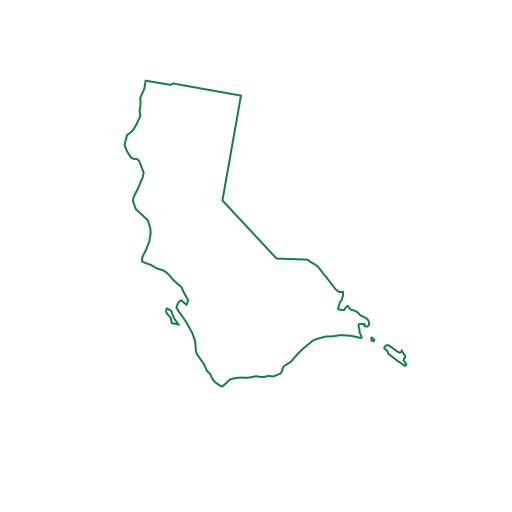 outline of Oman, rotated 121°
{"feature_id": "OMN", "entity_name": "Oman", "entity_type": "country or territory", "adm_level": 0, "iso_a3": "OMN", "parent_name": "Asia", "parent_adm1": "", "projection": "robinson", "projection_center": [56.004, 21.502], "detail": "fine", "context": "isolated", "style": "outline", "palette": "green", "viewbox_px": 512, "rotation_deg": 121, "n_neighbors": 0, "source": "natural_earth", "source_scale": "50m", "svg_char_len": 3060}
<svg xmlns="http://www.w3.org/2000/svg" viewBox="0 0 512 512"><g transform="rotate(121 256 256)"><path d="M162.6,440.9L160.6,435.9L158.6,430.8L156.6,425.8L154.6,420.8L153.3,417.3L150.9,416.1L149.5,412.3L148.0,408.5L146.6,404.7L145.1,400.9L143.7,397.1L142.2,393.3L140.8,389.5L139.3,385.7L137.9,381.9L136.4,378.1L135.0,374.3L133.5,370.5L132.1,366.7L130.6,362.9L129.2,359.1L127.7,355.3L126.3,351.5L131.0,349.7L136.7,347.5L142.4,345.3L148.1,343.1L153.8,340.9L159.5,338.8L165.2,336.6L170.9,334.4L176.6,332.2L182.3,330.0L188.0,327.8L193.7,325.6L199.4,323.5L205.1,321.3L210.8,319.1L216.4,316.9L222.1,314.7L225.7,313.4L227.1,308.3L228.3,304.1L229.5,299.9L230.8,295.7L232.0,291.4L233.2,287.2L234.4,283.0L235.6,278.8L236.8,274.6L238.0,270.4L239.3,266.1L240.5,261.9L241.7,257.7L242.9,253.5L244.1,249.3L245.3,245.1L246.5,240.8L247.6,237.0L245.5,233.3L242.8,228.3L239.8,223.0L237.1,218.1L235.1,214.5L232.7,210.2L233.0,204.7L232.9,201.9L233.2,197.6L235.5,191.7L238.2,184.2L240.2,179.2L241.9,174.8L243.3,171.4L244.1,167.8L243.7,165.2L242.8,164.3L242.0,163.1L244.6,161.2L249.5,159.9L252.2,160.2L256.0,159.3L259.0,158.5L259.2,157.3L258.3,155.4L257.1,152.7L252.9,152.4L251.6,151.6L253.1,147.5L253.0,146.3L252.5,144.7L251.9,142.2L252.2,138.9L253.0,136.6L253.0,134.8L252.6,131.1L252.8,127.8L253.6,126.2L255.2,124.6L256.7,123.8L258.2,123.9L259.5,124.6L260.0,126.3L259.7,127.5L258.8,127.6L258.5,128.1L259.7,130.5L261.5,132.7L262.9,132.3L264.5,130.6L266.2,129.1L268.2,127.9L269.7,125.4L271.0,123.8L272.2,123.6L275.5,133.6L280.4,143.0L284.8,148.1L289.4,155.1L296.3,161.6L299.5,163.8L312.3,168.3L319.3,170.0L329.0,171.7L335.7,175.2L338.0,175.4L341.5,174.4L344.1,174.4L350.5,179.3L352.4,183.8L355.1,186.2L357.4,190.0L359.0,194.0L364.4,200.0L368.3,206.8L372.2,211.9L375.7,215.0L381.0,216.2L385.2,217.7L385.7,221.0L385.3,225.4L384.5,228.7L380.6,235.0L379.7,238.9L375.3,245.3L370.6,256.1L368.4,258.6L360.6,264.1L354.9,270.8L348.2,282.5L343.1,294.0L341.2,297.7L337.0,298.5L334.3,298.2L332.4,297.1L333.1,293.9L333.6,290.4L331.1,290.8L328.9,291.5L323.8,300.1L321.0,303.9L320.4,308.7L319.0,315.0L317.0,320.7L316.1,325.5L316.2,328.2L317.7,334.9L317.8,341.7L318.7,345.8L319.4,350.7L317.0,352.2L314.9,352.9L306.7,353.5L298.4,355.0L291.1,357.9L286.8,360.7L281.1,367.0L277.7,383.1L272.2,389.9L268.4,391.3L259.4,391.9L246.6,393.7L242.2,395.4L234.7,405.2L234.2,408.3L235.6,410.5L236.1,413.0L235.4,415.3L232.0,421.5L228.4,426.0L218.7,428.8L215.1,427.2L211.8,426.3L205.6,426.2L195.3,427.3L191.5,430.6L185.6,433.0L180.1,436.6L169.7,438.0L162.6,440.9ZM269.2,98.0L268.6,98.9L267.6,99.0L265.4,98.2L264.2,96.5L264.4,94.4L264.5,90.5L265.1,86.8L264.9,82.9L263.3,82.1L262.1,82.3L264.8,76.8L265.9,76.0L266.9,76.3L269.4,75.7L270.8,72.7L271.8,71.1L272.9,71.3L273.5,72.2L273.1,76.8L273.0,80.5L271.7,92.1L270.2,94.1L269.5,95.8L269.2,98.0ZM349.4,304.9L347.3,305.5L346.7,305.2L346.7,300.4L351.5,294.3L354.7,287.3L356.9,293.6L353.1,297.1L351.0,303.1L349.4,304.9ZM268.7,113.8L267.3,114.8L266.3,114.7L266.5,112.6L267.1,111.2L268.5,111.3L268.9,112.2L268.7,113.8Z" fill="none" stroke="#15803d" stroke-width="2"/></g></svg>